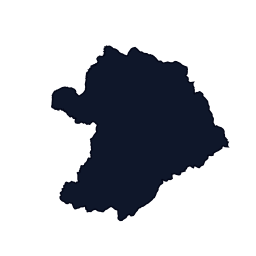 Mae La Noi, Mae Hong Son, Thailand (orthographic projection), rotated 159°
{"feature_id": "78962969B46384371201306", "entity_name": "Mae La Noi", "entity_type": "district", "adm_level": 2, "iso_a3": "THA", "parent_name": "Thailand", "parent_adm1": "Mae Hong Son", "projection": "orthographic", "projection_center": [98.067, 18.465], "detail": "fine", "context": "isolated", "style": "filled", "palette": "ink", "viewbox_px": 256, "rotation_deg": 159, "n_neighbors": 0, "source": "geoboundaries", "source_scale": "gbopen_adm2", "svg_char_len": 5846}
<svg xmlns="http://www.w3.org/2000/svg" viewBox="0 0 256 256"><g transform="rotate(159 128 128)"><path d="M41.4,74.7L41.6,75.3L40.9,77.7L39.6,78.9L40.5,79.6L40.2,81.1L39.8,81.6L40.6,82.5L40.3,83.1L41.3,84.9L40.5,87.2L40.5,88.4L39.6,90.6L39.8,92.6L41.0,94.7L43.4,96.6L44.6,98.2L46.0,98.2L46.7,98.7L46.5,100.1L46.8,101.7L46.8,102.8L45.2,105.9L45.1,106.9L45.5,108.8L44.8,110.5L44.9,111.8L46.1,115.8L44.7,119.0L45.0,121.0L44.3,124.4L45.7,128.5L47.0,130.9L46.2,132.4L46.3,133.3L47.7,135.6L48.2,136.1L50.1,135.9L51.4,136.4L53.6,136.1L53.8,136.3L53.2,138.7L52.6,139.8L52.6,141.4L52.0,142.1L52.3,143.7L52.1,144.8L51.6,146.4L50.6,147.2L53.4,147.8L55.0,149.1L55.2,151.1L54.5,151.8L54.1,153.3L54.5,154.3L55.3,155.3L55.5,156.2L55.4,156.5L54.1,157.1L53.5,157.7L52.6,159.4L52.5,160.3L51.7,161.4L51.4,163.7L53.5,165.5L55.1,167.2L56.4,169.7L59.1,172.5L60.3,173.1L63.1,172.7L65.4,173.7L67.3,175.2L71.5,175.7L72.4,176.4L73.3,178.4L73.8,178.7L75.6,179.1L76.2,180.0L77.3,183.4L78.0,184.5L78.1,185.1L79.0,186.3L79.1,186.8L80.1,187.3L80.7,188.2L82.6,188.7L83.7,190.5L86.6,191.9L88.0,194.0L89.1,194.1L90.3,195.7L91.2,198.1L92.6,200.5L95.0,200.8L96.6,200.5L100.5,197.9L101.9,196.1L103.2,195.6L104.5,196.3L104.9,197.0L105.7,197.5L106.6,198.9L107.6,199.5L108.6,200.6L109.5,201.9L109.8,203.5L110.7,205.0L112.0,206.4L113.7,207.3L114.2,208.8L115.5,210.5L116.4,211.1L117.6,211.1L118.8,212.0L119.4,211.3L119.9,211.6L119.8,211.2L120.5,210.8L121.3,211.0L121.9,210.1L122.1,209.6L121.7,209.4L122.0,207.8L123.0,207.8L122.7,206.9L122.8,206.3L123.4,206.0L123.4,205.3L123.9,204.3L124.7,204.7L125.0,204.0L125.8,203.7L127.3,204.2L128.9,205.2L129.6,204.9L130.7,204.8L132.2,203.6L131.9,200.4L132.2,199.9L132.6,200.1L133.2,199.5L134.5,199.2L135.0,199.4L135.7,198.4L136.4,199.1L137.6,199.1L137.8,198.4L138.6,198.9L139.5,198.5L139.9,198.9L140.1,198.5L140.4,198.5L141.5,196.5L142.3,197.1L142.6,196.7L143.1,196.5L143.2,196.1L143.9,196.2L143.7,195.7L143.9,195.3L144.5,195.0L144.6,194.6L145.8,194.5L145.6,194.1L146.2,193.7L146.7,194.0L147.0,193.9L147.2,192.9L147.9,192.3L148.2,190.9L148.5,190.8L148.2,190.0L148.9,190.0L149.5,189.1L149.3,188.4L152.0,184.1L152.6,181.2L153.0,180.6L153.0,180.0L153.6,179.7L153.7,179.0L154.4,178.3L156.7,176.7L157.9,176.2L161.9,175.2L162.7,175.5L164.1,178.7L164.5,179.1L164.5,179.6L163.9,180.6L163.8,181.9L164.7,183.8L165.3,184.1L166.5,185.6L169.1,186.3L170.1,187.6L171.3,187.8L172.1,188.6L174.9,189.1L180.2,188.5L181.0,188.7L182.1,188.1L182.7,188.5L182.9,188.1L183.7,188.2L184.0,187.7L184.4,187.7L184.9,187.1L185.2,187.1L185.9,186.5L186.1,185.9L186.9,185.6L187.2,183.6L187.8,183.2L187.7,182.6L189.9,178.1L190.1,177.0L190.5,176.8L190.5,176.1L191.3,175.8L191.4,175.2L191.1,175.2L191.0,174.9L191.2,174.2L190.4,173.6L190.4,173.4L189.7,173.1L189.6,172.8L189.7,172.4L189.0,172.0L189.1,171.6L188.4,171.5L187.8,171.7L187.7,171.0L187.1,170.9L187.1,170.5L186.5,170.7L186.2,170.0L186.0,170.4L185.5,170.4L185.2,170.2L184.4,170.1L183.6,169.8L183.6,169.2L183.3,168.6L182.6,168.3L181.9,168.5L182.0,167.7L181.5,167.4L181.4,166.4L180.7,166.2L180.8,165.9L180.6,165.5L179.8,165.0L179.4,162.2L178.7,161.1L178.2,159.5L177.6,159.1L176.0,159.2L175.3,158.2L175.7,157.5L175.4,156.8L175.0,156.4L173.4,156.0L173.4,155.3L174.0,154.7L175.0,152.7L174.7,151.5L173.0,150.5L171.4,150.1L170.5,150.6L168.9,150.2L167.7,148.6L166.7,148.7L166.1,148.4L165.1,146.4L163.3,146.0L162.5,145.3L162.0,145.4L161.4,146.1L160.7,146.1L158.8,146.9L158.3,146.8L156.8,145.3L156.2,143.6L155.1,142.0L157.4,139.5L158.2,137.6L158.3,135.6L161.9,133.5L164.6,131.3L166.6,131.0L167.0,130.7L167.0,129.3L167.4,128.7L167.4,127.4L168.6,125.4L168.5,124.0L169.3,122.2L169.5,120.5L171.0,119.5L172.0,118.3L171.8,116.7L172.1,115.6L172.5,115.3L172.3,114.6L173.3,113.1L173.9,113.0L174.7,113.3L175.6,113.9L176.3,113.3L176.7,113.2L176.9,112.6L176.7,112.2L177.4,112.1L177.5,111.8L179.6,110.5L180.7,110.3L182.2,108.6L184.0,108.7L184.8,109.3L185.3,109.3L185.7,108.8L186.3,107.5L187.3,106.9L187.7,105.8L188.4,105.5L188.5,104.3L189.6,104.0L190.7,104.3L191.3,104.2L191.3,102.3L193.0,98.0L193.1,96.4L192.9,96.1L192.9,95.6L193.7,95.3L195.1,95.7L196.7,95.0L197.2,95.5L197.7,96.5L199.3,97.4L199.7,98.1L202.6,97.5L203.1,97.7L204.9,99.3L205.4,99.3L206.3,98.8L206.7,97.6L208.6,97.0L208.8,96.4L208.8,95.6L209.5,94.7L211.2,94.6L211.2,93.9L211.9,92.3L214.0,91.8L214.4,91.5L214.5,90.8L214.1,89.9L214.3,88.9L214.9,88.4L216.0,88.0L216.4,86.7L216.3,85.5L215.4,83.6L213.9,82.3L212.7,79.8L211.2,79.1L210.1,79.5L209.4,79.5L208.2,78.5L207.3,78.1L207.0,77.4L207.0,73.3L206.4,71.6L205.4,71.4L204.3,71.5L202.4,71.1L201.5,71.4L200.4,71.5L198.1,70.7L195.9,70.7L195.7,70.3L196.3,67.2L195.3,66.3L195.9,65.2L195.9,64.5L194.4,64.3L192.5,63.4L190.4,64.2L187.8,64.1L187.0,63.5L185.7,61.6L184.2,60.6L183.4,60.4L182.9,59.8L181.3,58.9L179.6,59.5L178.3,60.3L177.0,60.0L172.9,61.1L171.2,60.6L170.5,59.4L170.0,59.0L169.8,58.1L168.9,56.7L166.9,55.2L166.9,54.5L168.0,51.3L168.3,49.0L169.2,48.1L169.6,46.7L168.5,44.6L166.6,44.0L165.8,44.5L162.1,45.2L159.7,47.0L157.3,46.9L156.6,45.0L154.4,44.6L153.1,45.3L151.3,46.8L148.8,48.0L148.4,48.5L146.6,49.6L145.3,49.4L143.3,50.0L142.0,49.7L139.8,50.2L138.4,50.7L136.2,50.9L131.3,52.6L129.7,53.6L128.4,53.8L126.2,55.9L124.6,57.9L123.6,58.4L122.2,59.6L121.8,60.9L118.9,63.4L115.6,64.2L115.0,65.3L115.1,66.9L114.7,67.6L113.9,67.3L113.1,66.2L111.5,64.9L110.7,64.7L109.2,65.6L108.5,65.6L106.7,64.8L106.1,64.8L104.8,65.2L104.6,66.7L103.7,69.1L101.1,69.0L99.1,67.3L97.2,66.1L96.1,66.0L95.2,66.8L95.0,67.8L94.8,68.0L90.2,67.5L89.7,68.9L88.3,69.1L87.1,70.4L85.3,70.8L83.5,70.6L83.2,70.3L81.9,68.3L81.2,67.6L79.9,69.0L78.9,69.2L78.6,68.5L76.4,66.0L75.5,65.6L73.9,66.6L71.0,66.8L68.6,69.5L67.3,70.3L66.1,70.4L64.5,71.2L64.2,72.0L63.6,72.6L63.4,73.7L62.0,73.6L60.2,72.6L58.5,72.2L57.3,74.1L55.6,74.3L55.1,74.6L52.0,74.7L48.4,75.5L47.6,75.8L47.2,76.8L46.2,77.4L45.2,77.2L44.2,76.0L41.4,74.7Z" fill="#0f172a" stroke="#020617" stroke-width="1.5"/></g></svg>